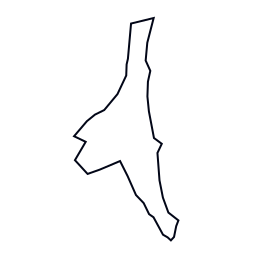 outline of Babites, rotated 92°
{"feature_id": "LVA-5756", "entity_name": "Babites", "entity_type": "Municipality", "adm_level": 1, "iso_a3": "LVA", "parent_name": "Latvia", "parent_adm1": "", "projection": "natural_earth1", "projection_center": [23.789, 56.896], "detail": "fine", "context": "isolated", "style": "outline", "palette": "ink", "viewbox_px": 256, "rotation_deg": 92, "n_neighbors": 0, "source": "natural_earth", "source_scale": "10m", "svg_char_len": 609}
<svg xmlns="http://www.w3.org/2000/svg" viewBox="0 0 256 256"><g transform="rotate(92 128 128)"><path d="M218.6,74.4L224.4,76.4L235.3,78.2L238.8,81.2L235.9,84.6L233.4,89.3L216.3,99.4L213.4,103.9L202.5,109.7L194.7,117.7L176.1,126.7L161.3,134.8L170.6,154.8L175.3,166.8L162.0,179.9L143.3,169.8L138.1,181.6L122.6,169.3L115.8,161.5L110.9,152.4L94.5,139.7L75.6,131.6L64.5,131.6L58.8,130.5L23.5,128.6L17.2,106.2L42.1,111.7L60.0,112.7L70.1,107.7L81.0,109.7L95.8,109.7L110.6,107.7L137.1,101.7L142.6,93.7L151.9,97.7L179.2,94.7L196.3,90.7L211.1,84.7L218.6,74.4Z" fill="none" stroke="#020617" stroke-width="2"/></g></svg>